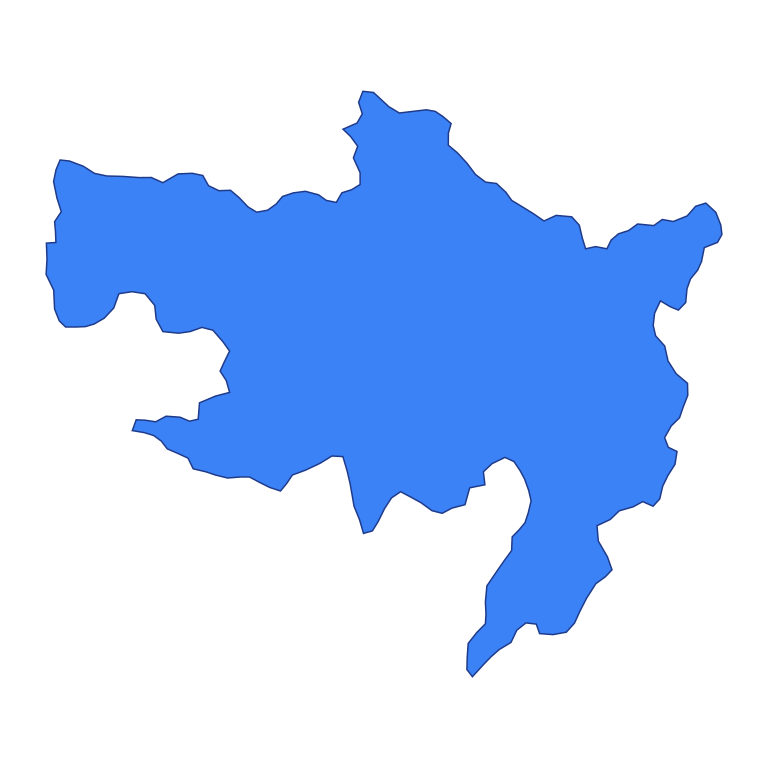 Rio Novo, Minas Gerais, Brazil
{"feature_id": "56859067B13778291435319", "entity_name": "Rio Novo", "entity_type": "district", "adm_level": 2, "iso_a3": "BRA", "parent_name": "Brazil", "parent_adm1": "Minas Gerais", "projection": "albers", "projection_center": [-43.147, -21.481], "detail": "fine", "context": "isolated", "style": "filled", "palette": "blue", "viewbox_px": 768, "rotation_deg": 0, "n_neighbors": 0, "source": "geoboundaries", "source_scale": "gbopen_adm2", "svg_char_len": 3000}
<svg xmlns="http://www.w3.org/2000/svg" viewBox="0 0 768 768"><path d="M662.3,219.5L653.8,225.6L637.6,224.0L628.5,230.6L618.5,233.8L611.2,240.0L606.9,248.8L595.6,246.6L585.6,248.8L582.3,238.0L579.3,225.2L571.7,216.8L556.1,215.4L544.0,221.0L533.6,213.8L521.3,206.2L511.7,200.4L505.9,192.3L496.5,183.5L485.5,182.1L475.5,174.5L466.9,163.1L457.5,152.9L448.3,145.2L448.4,133.0L451.1,123.6L443.0,116.6L435.3,111.4L426.4,109.8L414.4,111.2L399.3,113.0L388.7,106.6L381.1,99.5L373.5,92.5L362.9,91.3L358.6,102.3L362.3,113.8L357.1,123.0L343.0,129.2L350.5,136.4L357.7,146.2L353.4,157.9L360.1,172.7L360.1,184.5L351.6,189.7L341.9,192.8L336.3,202.4L326.3,200.4L318.5,194.8L305.3,191.3L293.2,192.9L282.5,196.5L276.2,204.0L267.6,210.2L256.7,212.2L248.1,207.0L239.0,197.5L230.5,190.3L218.9,190.7L208.5,185.7L202.8,175.5L192.2,173.3L178.1,173.9L162.8,182.7L151.3,177.5L139.3,177.6L122.7,176.4L106.9,176.0L94.5,173.4L83.2,166.2L69.4,161.0L60.1,160.0L56.0,169.8L53.6,181.6L57.0,198.2L61.3,211.7L54.6,221.7L55.5,231.9L55.9,242.5L46.4,243.1L47.0,259.4L46.1,274.4L53.7,290.1L54.6,309.1L59.3,320.9L65.6,327.0L76.0,327.0L85.5,326.6L94.2,324.0L104.2,318.2L113.7,308.1L118.9,293.7L131.9,291.7L145.1,293.7L154.7,305.4L156.2,319.2L162.9,331.6L178.5,333.2L190.0,331.6L201.9,327.4L212.9,330.2L222.9,341.7L229.6,351.1L224.4,361.7L220.1,371.1L226.3,380.6L229.6,392.4L215.7,396.0L199.5,402.8L198.2,419.2L189.5,421.2L180.0,417.2L166.1,416.2L155.7,421.8L145.1,420.2L136.2,419.8L132.3,430.6L144.2,432.6L153.7,435.5L161.3,441.1L167.3,448.9L177.1,453.1L188.0,458.1L193.2,468.8L205.9,471.8L215.3,475.0L227.6,478.0L240.4,477.0L249.5,477.0L259.2,482.2L269.6,487.4L280.5,491.0L286.6,483.6L292.4,475.0L305.4,470.2L320.2,463.2L331.9,456.0L342.9,456.6L347.1,470.8L350.1,483.6L352.0,494.3L354.0,506.1L359.6,519.9L363.5,533.4L372.4,530.9L378.1,521.7L384.5,508.7L391.5,497.9L400.6,491.7L409.7,496.5L421.0,502.7L432.0,510.7L442.2,513.3L452.0,508.1L465.0,504.7L469.7,487.8L484.9,484.8L483.4,471.8L492.1,463.6L504.9,457.4L514.0,461.6L520.2,470.8L524.6,479.0L528.7,490.4L531.1,500.9L528.3,512.7L525.0,522.7L519.2,529.7L512.2,536.9L511.6,550.6L504.4,560.4L496.9,571.2L486.9,585.9L485.4,601.9L486.0,613.9L485.4,623.8L476.7,632.6L468.2,643.4L467.2,657.4L466.9,669.5L472.4,676.7L482.6,665.5L491.0,656.8L499.1,649.6L511.0,642.4L516.8,630.2L525.9,622.9L536.3,624.1L539.6,633.6L553.0,634.6L566.3,632.2L574.5,623.1L579.7,611.7L586.4,598.5L595.9,583.6L605.3,576.8L612.0,569.8L607.4,556.8L598.3,541.1L597.0,525.7L610.2,519.5L619.3,510.8L633.2,506.8L642.7,501.6L653.1,506.2L659.7,499.0L662.7,486.2L667.9,475.5L675.0,464.3L677.0,451.5L668.3,447.3L664.6,437.7L671.3,425.8L679.5,417.8L683.2,407.0L687.8,395.3L687.5,383.3L676.1,373.7L668.0,360.9L664.7,346.0L655.6,335.8L653.2,325.4L654.6,313.2L660.4,300.9L670.2,306.7L678.4,310.1L685.7,302.5L687.0,288.7L690.5,278.9L697.6,270.2L701.5,261.6L704.3,247.6L717.5,242.4L721.9,234.5L720.8,225.1L715.8,212.3L705.8,203.1L695.6,206.3L687.2,215.9L673.3,221.5L662.3,219.5Z" fill="#3b82f6" stroke="#1e3a8a" stroke-width="1.5"/></svg>